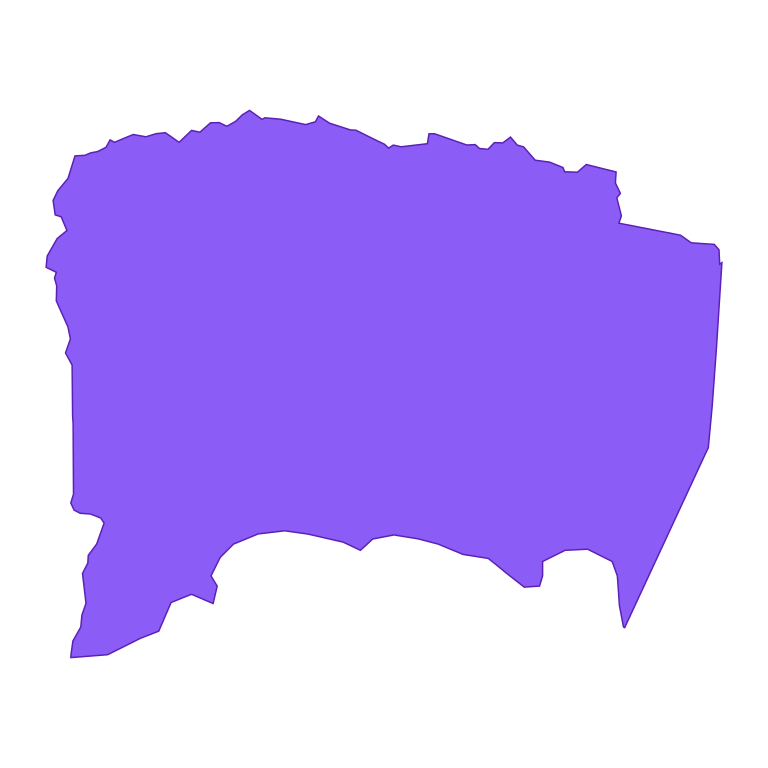 outline of Lajas, Puerto Rico
{"feature_id": "32010507B28103012902602", "entity_name": "Lajas", "entity_type": "district", "adm_level": 2, "iso_a3": "PRI", "parent_name": "Puerto Rico", "parent_adm1": "", "projection": "albers", "projection_center": [-67.049, 18.006], "detail": "fine", "context": "isolated", "style": "filled", "palette": "violet", "viewbox_px": 768, "rotation_deg": 0, "n_neighbors": 0, "source": "geoboundaries", "source_scale": "gbopen_adm2", "svg_char_len": 2073}
<svg xmlns="http://www.w3.org/2000/svg" viewBox="0 0 768 768"><path d="M70.9,657.6L107.6,654.7L140.4,638.3L158.8,631.1L171.1,602.5L184.4,597.1L191.6,594.3L202.1,598.8L205.0,600.1L213.1,603.5L217.2,586.1L214.5,581.7L211.0,575.9L211.2,575.5L220.2,557.4L233.5,544.1L254.1,535.6L258.1,533.9L261.8,533.5L284.7,530.8L305.4,533.7L307.2,533.9L343.0,542.1L345.0,543.0L360.4,550.3L365.7,545.5L372.7,539.0L394.2,534.9L396.7,535.4L409.9,537.5L418.8,539.0L421.4,539.7L438.2,544.1L445.4,547.1L462.5,554.2L462.8,554.4L471.8,555.8L484.4,557.8L488.4,558.5L501.9,569.4L504.5,571.6L504.7,571.8L518.3,582.5L524.2,587.1L539.5,586.1L540.9,581.6L542.6,575.8L542.6,561.5L565.1,550.3L587.6,549.2L610.4,560.6L612.2,561.5L617.3,575.8L617.8,582.0L618.9,598.0L619.4,605.5L623.5,627.0L624.7,627.6L706.0,452.5L708.3,447.7L712.2,406.1L714.4,376.2L714.4,375.7L716.3,350.3L721.9,262.7L719.7,264.2L719.0,249.8L714.3,244.4L691.2,242.8L680.5,235.2L618.9,223.2L621.4,215.9L616.8,197.8L620.4,193.4L615.4,183.0L616.1,172.0L586.3,164.5L577.4,172.2L572.0,172.0L564.7,171.8L562.9,167.5L549.6,162.1L535.2,160.2L523.6,146.9L517.3,145.1L510.5,137.1L502.8,142.9L494.4,142.6L488.0,149.3L479.5,148.5L475.2,144.6L466.8,145.0L434.4,133.7L429.0,133.8L427.4,143.7L401.1,146.8L393.3,145.1L388.6,148.1L384.6,144.3L374.8,139.6L355.9,130.2L350.3,129.9L329.6,123.2L318.5,116.0L315.4,121.8L305.6,124.6L280.7,119.2L264.8,117.8L262.1,119.4L249.5,110.4L242.5,114.7L235.7,121.3L226.8,126.3L219.3,122.6L210.5,122.8L199.9,132.2L191.6,130.4L179.1,142.3L165.4,132.7L156.0,133.7L145.9,136.8L133.2,134.5L114.5,142.3L110.1,139.9L106.0,147.3L97.5,151.6L90.9,152.8L84.9,155.3L75.0,155.9L68.0,178.4L57.8,190.7L53.1,200.5L55.2,214.9L61.2,216.8L66.9,230.5L57.2,238.5L47.2,256.0L46.1,267.3L56.3,272.3L54.5,278.0L56.7,285.9L56.3,300.9L67.9,326.8L70.4,338.9L65.5,353.0L72.1,365.1L72.6,415.5L73.1,423.5L73.5,494.2L70.8,503.0L74.1,510.1L80.2,513.3L90.4,514.0L100.7,518.0L104.1,523.1L96.7,544.0L88.3,555.3L87.8,563.1L82.5,573.5L86.0,603.3L81.9,615.2L80.8,627.0L72.9,641.0L71.0,654.7L70.9,657.6Z" fill="#8b5cf6" stroke="#5b21b6" stroke-width="1.5"/></svg>